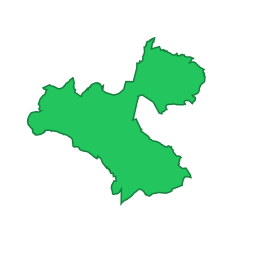 the district of Tepanco de López, Puebla, Mexico, rotated 249°
{"feature_id": "50627088B19100619520269", "entity_name": "Tepanco de López", "entity_type": "district", "adm_level": 2, "iso_a3": "MEX", "parent_name": "Mexico", "parent_adm1": "Puebla", "projection": "orthographic", "projection_center": [-97.537, 18.553], "detail": "fine", "context": "isolated", "style": "filled", "palette": "green", "viewbox_px": 256, "rotation_deg": 249, "n_neighbors": 0, "source": "geoboundaries", "source_scale": "gbopen_adm2", "svg_char_len": 5803}
<svg xmlns="http://www.w3.org/2000/svg" viewBox="0 0 256 256"><g transform="rotate(249 128 128)"><path d="M194.6,63.4L192.8,65.9L192.5,64.9L190.9,64.3L190.3,63.3L189.3,63.0L188.9,61.6L188.7,60.1L187.2,57.7L186.9,57.0L185.2,55.2L184.1,54.5L182.6,53.0L182.0,52.9L180.9,53.4L180.3,53.5L179.5,53.4L179.0,53.2L178.3,52.2L177.6,51.6L176.4,52.0L175.5,52.6L175.3,52.9L175.3,52.0L175.0,51.7L174.9,50.6L175.3,49.3L175.9,48.6L176.1,48.1L176.9,43.5L176.4,42.2L174.2,39.5L172.1,37.7L169.8,36.5L168.8,36.5L166.9,36.0L166.3,36.2L165.6,36.8L164.2,37.0L163.3,37.4L163.0,37.6L161.8,37.7L161.5,38.4L160.8,38.6L160.0,38.1L159.2,37.8L158.9,37.6L157.3,37.7L156.4,38.4L156.4,38.9L156.2,39.0L155.8,38.8L155.1,38.8L154.4,39.6L154.2,40.6L153.8,41.7L153.7,43.3L153.4,44.1L153.7,45.9L153.6,46.9L153.9,47.2L154.1,48.5L155.0,49.2L155.4,49.4L154.9,50.0L155.2,51.0L154.7,52.2L154.7,52.6L154.0,53.5L154.0,54.0L153.5,55.0L152.9,55.1L152.3,55.7L152.6,56.7L151.8,57.6L151.3,58.4L151.2,59.0L150.6,59.6L150.3,60.3L149.8,60.9L147.7,62.7L146.2,64.8L144.9,65.6L144.8,66.2L143.5,68.3L142.4,69.2L141.4,69.6L140.7,70.1L140.3,70.7L139.5,71.2L137.7,71.9L137.0,71.9L130.4,70.2L129.5,71.2L128.6,74.2L127.6,75.0L125.3,75.3L125.1,75.4L125.0,75.7L123.8,76.4L122.7,78.1L122.3,78.4L122.0,79.1L120.6,81.3L119.3,82.7L118.1,83.1L117.8,83.6L117.1,83.9L115.6,84.9L112.4,86.4L112.1,86.8L110.6,87.9L110.4,88.3L110.6,88.6L111.8,89.2L112.3,89.5L112.6,89.8L108.8,91.8L106.7,91.7L104.4,91.9L99.2,93.4L99.5,94.3L99.1,94.5L98.4,93.6L98.2,93.6L97.4,95.0L96.9,94.9L96.7,95.3L96.2,95.2L96.1,95.8L94.6,95.4L94.4,96.1L92.5,95.6L91.8,95.7L91.3,97.8L87.9,97.0L87.4,99.1L82.8,98.0L83.6,95.9L81.0,93.2L81.0,92.9L79.4,91.7L77.7,90.9L74.9,90.7L72.6,90.2L71.4,90.3L71.2,90.6L71.1,91.9L70.6,94.1L70.5,94.8L70.7,95.8L71.4,97.4L73.5,100.0L59.8,94.5L60.3,95.3L61.8,99.2L61.6,100.3L61.7,101.5L62.2,102.9L63.1,106.5L63.9,108.3L65.2,110.3L65.8,113.2L66.4,114.3L66.8,115.7L66.7,116.7L66.5,117.3L65.3,118.6L63.3,119.8L61.3,120.4L60.4,120.4L60.2,120.9L59.5,120.5L56.8,123.6L56.9,124.7L57.9,127.0L57.1,131.1L57.1,131.8L56.6,134.2L55.9,135.3L53.5,140.3L53.3,144.2L53.7,145.3L53.5,145.9L53.6,146.5L55.1,147.0L55.1,158.0L58.3,159.8L59.8,160.9L61.5,162.7L61.7,163.2L61.8,163.7L61.5,165.5L60.4,167.5L59.7,168.3L59.4,168.5L59.1,169.0L59.7,169.1L60.8,168.9L61.5,169.4L69.8,167.7L70.5,164.8L71.4,163.8L74.6,161.8L75.5,161.7L75.9,162.9L77.0,163.1L77.5,163.0L78.0,163.2L78.4,163.5L78.5,163.9L78.7,164.3L79.6,164.9L80.1,164.8L80.5,165.1L80.9,165.6L81.4,166.9L81.5,167.0L82.7,166.5L83.0,166.2L84.3,163.7L84.8,163.1L85.4,162.8L86.5,162.6L87.8,162.2L88.0,161.9L89.2,161.7L91.6,162.1L93.3,161.2L93.9,161.5L94.4,161.3L94.9,161.8L95.0,161.8L95.0,160.8L95.2,160.5L95.5,160.2L96.7,159.7L96.8,158.8L96.4,157.6L97.4,155.8L99.1,154.7L99.3,154.4L100.1,153.9L100.8,153.1L102.2,152.6L103.9,151.2L105.6,149.2L106.6,147.2L107.0,146.5L107.5,146.1L108.6,145.6L109.5,144.9L110.1,144.0L111.2,144.3L112.7,144.0L114.3,143.1L120.8,138.9L121.9,140.3L122.5,139.6L133.0,138.8L133.4,138.9L133.8,135.3L135.6,136.9L148.5,145.4L153.3,149.0L154.0,148.4L154.1,148.5L153.9,148.8L153.9,153.1L143.0,160.9L130.8,162.5L129.1,164.6L130.5,165.5L130.4,165.7L130.7,166.2L130.6,166.6L130.6,167.6L131.4,168.6L131.3,170.9L134.8,170.9L135.8,172.9L133.8,180.0L133.1,180.8L132.2,182.1L131.9,183.1L130.3,186.8L129.6,189.9L129.8,190.1L131.5,189.6L132.7,190.1L132.9,190.8L132.9,191.6L132.0,194.6L127.7,196.8L128.9,198.4L129.9,200.7L131.1,201.2L132.0,201.7L132.4,201.8L133.7,200.5L134.7,200.0L135.5,199.9L135.2,201.0L135.1,202.1L135.2,202.9L135.6,203.6L135.2,204.8L135.8,205.7L136.0,206.6L137.7,207.9L139.9,209.2L141.7,210.9L142.9,213.1L143.6,215.6L144.2,216.2L145.1,216.8L147.0,217.5L147.9,218.1L148.3,218.3L148.6,218.0L148.9,218.0L149.5,217.6L149.9,217.6L150.1,217.8L149.9,218.3L150.0,218.4L150.5,218.3L151.2,218.6L151.4,218.4L151.5,218.7L152.1,218.8L152.5,218.4L152.9,218.3L153.2,218.1L153.5,218.4L154.4,218.5L154.7,218.7L155.3,220.0L158.6,217.1L159.9,216.6L161.1,215.8L164.2,214.5L165.5,213.6L166.0,213.1L166.4,212.3L166.8,210.6L166.8,208.9L167.9,210.4L169.4,212.1L169.5,212.5L169.4,214.7L169.9,213.3L171.6,212.0L172.3,210.9L172.8,209.2L173.7,207.4L174.3,206.9L175.8,206.6L176.1,206.6L176.5,205.3L177.1,205.2L177.5,203.7L176.7,202.5L176.8,202.2L177.8,200.8L178.0,199.9L179.0,200.2L180.1,200.3L179.4,198.3L179.8,196.5L180.7,195.5L183.4,193.6L185.0,191.6L185.8,192.0L186.1,190.6L186.8,190.7L187.0,189.4L187.7,189.6L187.7,188.9L188.4,189.0L188.8,186.5L192.7,186.5L192.9,183.8L193.5,178.1L199.3,181.8L199.0,182.7L202.5,185.1L202.7,182.3L201.9,181.8L202.3,180.1L201.4,179.6L201.8,177.9L201.5,177.5L201.7,176.8L201.0,176.2L200.9,175.9L200.2,175.4L199.5,174.9L199.4,175.2L198.1,174.3L198.2,173.8L197.5,172.6L197.7,172.1L193.1,170.7L190.7,169.0L189.5,167.5L187.3,166.8L185.4,165.3L185.5,163.7L186.3,162.9L184.6,162.3L185.3,159.5L181.3,158.0L169.5,149.7L169.7,148.2L171.2,145.0L172.1,142.6L165.5,137.8L164.8,135.7L165.0,135.8L164.6,135.3L163.4,131.6L163.8,126.5L169.1,119.8L170.8,118.8L171.7,117.8L172.2,117.9L175.6,119.7L177.3,120.8L174.3,117.9L175.8,118.2L177.4,118.0L178.9,117.6L179.6,117.6L180.2,115.8L180.8,116.1L181.2,115.5L181.8,112.9L181.7,112.1L181.7,111.3L181.1,108.4L180.4,107.7L180.1,107.8L179.7,107.1L180.1,107.0L179.6,105.6L178.3,104.4L179.4,104.2L178.4,102.8L178.3,102.1L178.0,102.1L177.4,100.8L177.4,100.0L176.9,98.5L176.4,97.6L175.7,97.2L175.0,95.8L174.3,95.8L175.1,94.6L178.0,92.9L178.4,92.4L180.5,91.0L181.3,91.6L181.9,92.3L182.5,92.7L182.7,92.4L182.7,92.0L183.3,92.0L184.4,91.6L185.3,92.1L185.7,92.3L186.0,91.9L189.4,93.9L195.0,94.8L194.2,94.2L194.1,92.2L193.7,91.2L192.6,89.8L191.9,87.2L192.0,86.5L190.4,84.2L190.3,83.7L189.8,83.5L189.8,82.7L189.1,81.9L189.1,80.4L189.0,80.0L189.0,78.4L189.5,77.3L191.0,75.6L193.6,73.5L193.9,72.3L195.5,71.1L196.4,70.0L195.9,63.0L194.6,63.4Z" fill="#22c55e" stroke="#15803d" stroke-width="1.5"/></g></svg>